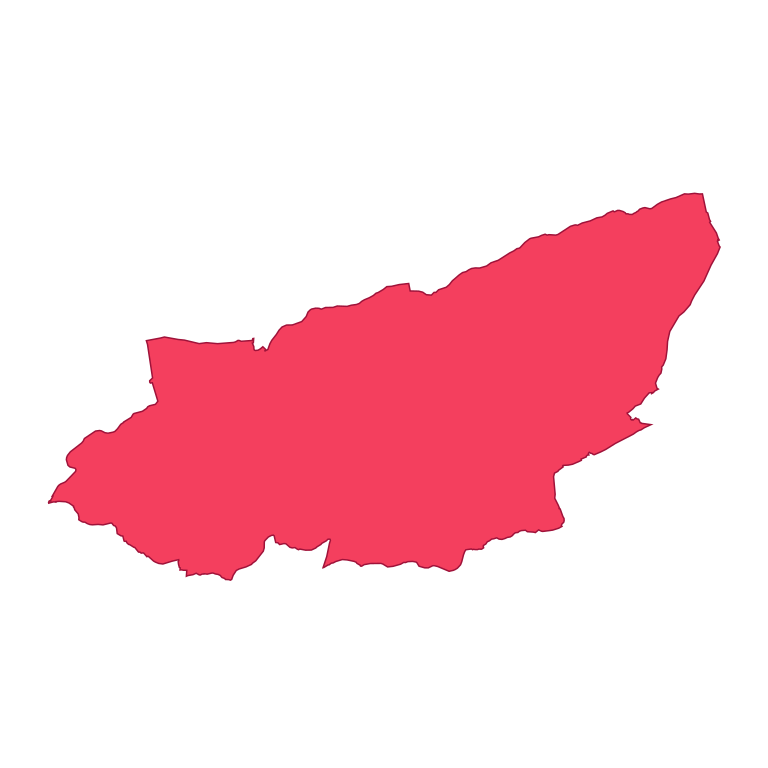 the district of Filipeni, Bacau, Romania, rotated 272°
{"feature_id": "2599482B91029580875305", "entity_name": "Filipeni", "entity_type": "district", "adm_level": 2, "iso_a3": "ROU", "parent_name": "Romania", "parent_adm1": "Bacau", "projection": "natural_earth1", "projection_center": [27.183, 46.544], "detail": "fine", "context": "isolated", "style": "filled", "palette": "rose", "viewbox_px": 768, "rotation_deg": 272, "n_neighbors": 0, "source": "geoboundaries", "source_scale": "gbopen_adm2", "svg_char_len": 6123}
<svg xmlns="http://www.w3.org/2000/svg" viewBox="0 0 768 768"><g transform="rotate(272 384 384)"><path d="M247.9,566.8L248.5,566.2L250.3,566.7L252.0,568.4L253.6,568.8L255.9,568.6L257.8,567.4L265.3,564.4L265.6,563.4L266.2,563.6L268.9,562.4L275.8,558.6L279.7,558.9L297.3,556.7L300.9,557.5L302.8,560.9L303.7,561.3L307.4,565.9L308.3,565.4L308.9,565.8L309.4,571.1L310.4,575.3L313.6,582.0L314.6,583.9L315.8,583.6L318.2,588.7L318.9,588.7L320.1,589.8L320.2,591.2L321.8,590.7L322.9,591.5L322.1,592.8L321.7,594.6L320.9,595.5L320.7,596.6L323.7,603.0L326.3,607.8L332.7,617.3L342.6,634.9L345.0,638.0L346.5,640.5L347.1,642.4L349.4,645.7L352.7,652.2L353.7,642.6L354.1,642.3L354.3,641.4L357.7,639.7L358.0,638.0L358.9,636.8L356.7,634.3L356.7,633.7L357.1,633.4L356.7,632.9L357.2,631.9L358.1,631.6L359.2,631.9L362.6,628.3L363.5,628.0L364.3,629.5L367.9,633.6L370.7,635.9L373.0,641.3L379.0,644.8L384.4,649.3L384.8,652.1L383.9,652.0L384.8,653.5L386.5,654.9L388.5,658.3L389.4,656.9L394.4,655.3L400.0,657.3L402.5,658.7L404.5,660.4L408.5,661.1L410.8,660.9L412.6,662.4L419.0,664.8L428.1,665.7L436.4,665.9L446.5,667.8L462.3,676.4L466.5,681.2L473.9,687.2L477.9,688.6L483.8,691.4L498.0,700.1L514.2,706.7L525.9,712.7L532.6,715.1L533.8,714.1L538.4,712.2L538.8,712.7L540.0,712.6L540.1,712.8L539.2,713.4L539.6,714.0L541.4,712.9L546.6,710.9L557.0,703.8L557.9,704.7L559.6,703.6L566.2,701.6L567.1,700.1L585.1,695.6L584.9,692.5L585.4,687.8L584.4,681.6L584.5,677.6L580.5,669.3L579.0,664.0L575.6,655.0L573.1,650.9L568.8,645.5L568.4,643.6L569.4,638.6L568.9,636.4L567.6,633.4L565.4,631.5L565.2,630.8L564.3,629.9L563.2,627.7L562.1,626.2L562.1,623.1L562.6,622.0L562.5,619.9L563.5,619.2L564.7,617.0L565.7,613.2L565.6,611.3L564.2,608.5L564.4,607.5L565.0,606.9L562.4,601.2L560.4,599.0L558.6,596.1L557.5,590.9L554.2,584.4L551.8,576.4L549.3,571.8L549.7,570.3L549.5,568.8L548.1,564.8L539.5,552.6L538.8,550.5L539.0,543.6L538.5,541.8L539.3,539.8L538.0,536.2L536.5,533.4L534.8,525.8L534.2,524.5L530.3,519.8L525.0,515.2L524.4,514.3L523.9,512.1L521.5,509.0L519.4,505.1L511.6,493.8L509.0,486.9L505.5,482.4L503.2,475.4L503.2,471.3L502.5,467.5L501.1,464.8L499.2,462.2L498.1,458.6L495.7,455.4L489.5,448.7L485.7,445.9L482.9,442.9L480.1,435.3L477.4,432.8L477.3,430.8L474.5,428.3L474.7,423.2L477.1,419.5L478.0,415.4L477.9,406.9L485.3,405.2L483.9,395.7L481.9,388.2L481.4,383.4L478.4,379.9L475.2,374.9L474.5,372.9L472.1,370.3L469.7,366.3L467.5,361.5L465.8,358.8L463.7,356.6L462.5,353.7L461.6,348.5L460.3,344.5L460.3,334.5L458.8,330.5L458.4,322.9L456.6,318.7L457.4,316.4L457.4,313.0L456.4,309.1L455.6,307.8L453.3,305.6L448.7,303.9L443.5,299.6L439.8,290.3L439.5,284.5L437.4,280.1L434.2,277.3L429.6,274.6L423.7,270.3L420.3,268.6L414.4,266.7L412.6,263.4L413.7,264.3L414.5,264.4L417.0,261.6L414.9,259.3L413.4,257.0L413.0,254.3L413.3,253.3L414.4,252.8L416.8,252.6L420.3,251.0L420.7,252.0L425.0,252.2L424.8,251.3L422.9,250.8L421.7,239.7L422.4,238.0L422.5,236.6L420.9,234.1L420.3,232.2L418.5,216.3L419.1,205.1L417.9,197.9L420.9,183.0L421.3,176.8L423.3,162.9L422.1,158.8L419.0,145.0L415.2,146.3L381.9,152.5L379.1,149.7L377.7,149.8L376.8,150.5L377.2,152.4L358.9,158.6L355.7,156.3L354.1,150.5L353.0,148.7L351.3,147.6L348.3,143.5L345.8,135.2L345.1,134.3L341.8,132.5L336.9,125.1L336.5,125.1L334.5,122.3L329.9,119.2L327.3,116.8L326.5,115.2L325.2,109.9L325.6,106.8L327.3,103.2L327.6,101.4L326.9,97.3L319.1,86.5L316.4,85.4L314.4,83.8L305.3,72.9L301.6,70.2L299.4,69.4L297.2,69.2L291.7,71.0L290.1,73.0L289.0,78.2L287.9,79.1L286.0,78.9L275.6,69.6L274.6,68.2L272.8,64.3L271.4,62.5L270.1,61.5L260.4,56.4L260.5,57.0L259.7,56.8L256.1,54.9L255.5,55.0L255.4,54.4L255.7,54.2L255.3,53.4L253.9,52.9L253.2,53.1L254.4,56.9L254.7,58.2L254.5,60.2L255.0,60.2L255.4,63.4L255.2,70.0L254.1,73.3L251.0,78.1L250.4,77.9L249.2,78.8L247.5,79.3L243.5,82.9L239.9,83.8L237.7,83.7L236.0,86.6L235.5,88.0L235.5,89.9L234.2,92.2L233.3,94.9L233.1,97.4L233.7,103.2L233.4,108.1L235.5,115.6L235.4,116.9L233.2,118.7L232.6,120.5L230.8,121.7L225.2,122.6L223.1,126.4L222.9,128.3L218.0,129.7L217.7,130.4L217.8,131.9L216.2,132.7L214.8,134.3L214.6,135.4L212.1,139.7L212.0,140.6L207.5,144.5L207.4,146.2L206.5,147.2L206.8,149.1L206.6,149.8L203.1,153.1L203.6,153.8L203.5,154.5L199.0,159.9L198.1,161.6L196.8,165.1L196.4,169.3L199.6,178.6L201.3,184.9L200.2,185.0L199.4,184.5L196.8,184.9L193.5,185.9L193.1,186.8L191.0,186.6L191.2,188.1L190.9,190.0L190.9,193.4L185.0,193.2L185.7,194.7L186.8,199.8L188.3,202.9L186.8,206.0L186.7,207.1L187.7,208.9L187.8,210.8L188.1,210.9L187.8,214.0L189.1,218.8L189.0,220.1L188.3,222.0L187.9,224.8L187.0,227.0L185.0,228.8L184.1,231.5L183.1,232.4L183.1,235.6L182.6,237.4L183.4,238.6L187.5,239.9L192.5,242.9L194.1,245.7L196.4,252.5L199.1,257.9L200.2,258.7L202.8,262.0L212.7,269.2L216.0,270.0L222.1,269.9L223.3,270.4L227.1,273.8L228.7,276.7L229.1,278.6L228.5,279.5L221.8,281.3L221.6,283.5L219.9,285.3L221.0,289.4L221.0,290.9L220.7,291.8L217.5,295.7L217.0,297.9L217.4,300.8L215.9,303.1L215.4,304.4L216.1,305.6L215.2,311.5L215.5,317.2L217.7,321.5L219.0,322.8L221.4,326.5L222.6,327.4L225.3,331.9L226.8,333.2L227.1,334.5L226.9,335.6L225.8,335.9L223.0,335.1L209.6,332.8L198.3,329.5L198.5,330.2L201.2,334.4L201.4,335.5L203.1,337.6L203.4,339.4L204.9,342.0L207.1,348.4L206.9,353.3L205.7,360.3L204.9,362.4L203.8,363.2L202.0,366.6L201.3,366.8L201.1,367.3L201.2,368.1L202.8,370.5L204.1,376.5L204.6,387.2L204.1,389.0L201.3,394.0L202.1,399.4L204.5,406.9L206.4,410.0L206.3,411.7L207.3,414.0L207.7,418.9L207.2,422.1L206.7,423.0L203.1,425.4L201.7,431.1L201.8,434.7L204.1,439.1L204.2,440.5L203.5,444.0L199.1,455.6L200.2,459.8L201.1,461.7L202.5,463.8L206.0,466.8L209.1,467.9L216.0,469.4L219.3,470.5L221.2,471.6L222.0,476.1L222.1,477.3L221.5,478.3L221.9,479.0L221.7,481.3L221.8,483.3L222.3,484.4L222.3,487.3L223.8,489.3L224.9,488.9L226.1,489.0L227.7,491.4L229.9,492.7L231.0,494.9L232.7,496.9L233.2,499.3L234.2,502.0L233.0,504.4L232.8,507.3L233.8,510.3L235.0,512.6L235.6,515.6L237.2,517.9L238.0,518.2L239.9,520.4L240.3,523.0L241.6,524.5L242.3,526.4L242.8,530.5L241.4,532.4L241.2,538.5L240.8,540.5L243.6,543.6L242.4,546.4L242.2,547.7L243.3,554.6L243.9,557.8L246.0,563.7L247.9,566.8Z" fill="#f43f5e" stroke="#9f1239" stroke-width="1.5"/></g></svg>